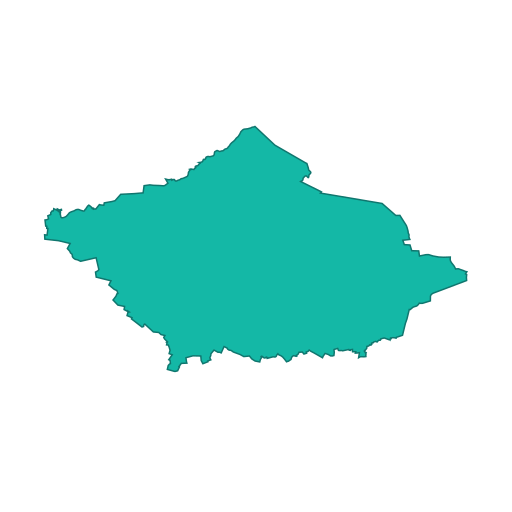 Chimá, Córdoba, Colombia (Natural Earth projection), rotated 75°
{"feature_id": "7082276B67782051899776", "entity_name": "Chimá", "entity_type": "district", "adm_level": 2, "iso_a3": "COL", "parent_name": "Colombia", "parent_adm1": "Córdoba", "projection": "natural_earth1", "projection_center": [-75.666, 9.111], "detail": "fine", "context": "isolated", "style": "filled", "palette": "teal", "viewbox_px": 512, "rotation_deg": 75, "n_neighbors": 0, "source": "geoboundaries", "source_scale": "gbopen_adm2", "svg_char_len": 6116}
<svg xmlns="http://www.w3.org/2000/svg" viewBox="0 0 512 512"><g transform="rotate(75 256 256)"><path d="M328.5,57.3L327.5,58.3L325.8,56.4L324.9,58.0L323.6,59.6L321.8,62.3L320.8,63.6L320.4,65.1L320.2,66.6L318.3,66.9L316.8,67.3L313.1,68.9L311.2,69.4L309.6,69.3L307.3,68.6L305.8,75.0L304.3,79.7L301.8,85.0L299.3,89.0L298.7,91.5L298.3,98.1L293.2,97.5L291.2,104.2L285.2,104.4L283.4,109.8L278.8,110.1L279.8,103.1L278.6,103.3L276.9,103.3L275.3,102.7L274.7,102.7L273.2,103.0L271.3,102.7L267.9,102.7L265.5,102.9L254.0,106.5L253.0,110.5L237.9,120.6L211.9,177.5L211.0,176.2L195.6,193.6L195.0,191.4L194.2,190.8L193.1,190.4L191.7,188.3L191.5,187.7L191.6,186.8L191.8,186.5L193.7,185.4L193.8,185.3L193.8,185.0L193.0,184.5L191.4,183.8L190.4,182.1L189.8,181.5L188.8,181.5L186.6,182.8L184.3,182.7L179.8,182.9L178.9,184.0L153.8,209.1L130.6,223.5L130.8,224.4L130.6,226.5L131.0,228.2L130.9,229.6L131.0,230.8L130.4,234.8L130.7,236.1L132.0,238.4L134.0,240.1L136.0,242.3L137.1,244.6L138.3,246.1L139.2,247.6L140.4,250.3L141.4,251.9L142.7,253.2L143.5,254.6L144.3,255.4L144.7,256.5L144.7,258.2L145.1,259.3L145.6,259.9L145.8,260.9L145.6,262.2L145.7,263.9L145.3,264.6L144.2,265.9L144.0,266.5L144.6,268.8L145.6,269.5L147.3,270.1L148.2,271.4L148.2,274.2L148.1,275.0L147.4,276.6L147.5,278.4L148.4,279.3L148.8,279.3L149.2,280.1L149.5,280.3L149.4,281.0L149.1,281.4L149.1,281.8L150.6,282.9L151.1,283.6L151.2,285.3L151.0,286.7L151.4,286.2L152.0,286.0L152.3,287.0L153.0,287.8L153.7,289.0L153.5,290.5L153.8,291.4L154.2,291.6L154.7,291.2L155.1,291.3L155.3,291.6L155.5,292.6L156.4,293.6L155.1,296.3L155.1,297.3L155.6,296.7L155.6,297.3L157.7,299.6L159.7,300.4L161.0,301.4L161.4,302.1L162.0,305.8L162.1,307.2L161.9,308.3L162.4,309.3L162.6,310.1L162.7,312.2L163.0,313.3L162.7,314.3L161.9,314.9L161.2,314.9L160.8,315.4L160.8,316.8L161.0,317.7L160.2,317.7L160.2,317.4L160.0,317.5L159.9,319.9L159.5,321.4L159.0,322.1L158.3,323.4L162.9,322.2L164.3,325.7L164.3,327.1L163.1,330.5L161.1,337.0L159.8,340.2L159.1,345.9L165.8,348.7L164.2,357.6L161.4,370.7L166.1,377.8L166.1,381.0L165.4,388.8L167.6,389.9L166.8,391.9L166.6,392.6L165.8,394.0L169.2,398.6L168.9,399.2L168.6,400.8L168.7,401.0L168.3,401.3L167.7,400.7L167.4,401.1L167.5,402.0L166.4,402.2L164.9,403.2L163.6,404.3L164.2,405.7L166.1,407.9L166.7,408.4L166.8,409.0L167.9,410.0L168.0,410.8L167.8,411.3L166.4,413.6L165.5,414.7L164.9,415.8L164.7,417.7L165.3,420.1L165.5,423.1L165.9,425.0L167.4,427.1L168.6,429.0L168.9,430.3L169.1,431.6L168.9,433.6L168.0,434.4L167.6,434.4L165.2,434.2L165.1,434.4L164.3,434.3L163.8,434.2L163.9,433.8L163.4,433.6L161.6,433.4L161.5,432.0L160.6,431.9L160.6,434.3L159.4,435.3L159.0,435.8L159.6,436.1L161.4,434.3L161.6,434.0L162.4,434.2L162.4,434.5L162.5,434.7L161.4,435.4L159.3,437.5L158.0,439.1L158.9,439.4L160.0,440.4L159.7,441.3L161.1,443.1L162.8,443.5L163.3,446.7L166.4,446.8L166.8,448.7L166.6,450.5L172.7,451.4L173.1,450.4L175.2,451.0L175.6,449.9L181.7,452.4L180.8,454.7L185.1,455.6L190.1,442.8L195.8,432.3L200.0,436.3L203.1,434.7L205.0,434.4L206.4,433.4L207.3,433.2L209.1,433.5L210.0,433.2L211.0,432.7L212.4,431.5L213.5,429.4L215.7,426.8L216.3,410.9L228.5,411.3L229.4,412.7L230.0,415.2L235.1,415.8L242.4,402.5L245.9,405.6L251.5,401.6L253.4,399.3L256.4,399.1L256.6,400.2L258.3,401.4L259.0,402.2L261.5,405.5L267.7,402.1L270.7,396.0L273.6,397.3L275.8,394.9L275.5,394.5L277.3,392.9L277.3,394.3L280.2,396.0L283.5,391.7L284.5,392.6L295.1,384.5L295.0,382.8L294.2,382.5L293.4,382.0L293.0,381.5L293.0,381.0L302.8,374.8L304.7,369.7L307.3,368.1L309.2,364.6L310.8,366.2L312.4,365.8L316.0,363.7L316.2,364.7L316.7,364.3L318.7,365.4L319.3,363.8L321.4,363.5L324.8,363.4L327.8,365.2L329.7,362.5L333.6,367.1L334.5,366.0L337.8,366.5L338.0,367.5L339.0,369.1L342.6,371.0L343.7,369.1L346.3,364.7L346.6,363.8L346.6,361.4L343.4,358.7L342.9,359.1L340.4,355.9L341.6,350.5L340.0,350.5L336.1,350.0L336.1,342.7L338.3,335.2L342.8,336.0L346.3,335.2L345.7,329.8L344.9,329.8L344.6,326.5L342.4,327.0L340.8,325.7L339.9,325.2L338.8,324.9L336.0,320.9L339.2,317.6L339.3,316.7L339.6,316.0L340.6,314.7L335.2,310.3L337.4,307.8L338.6,307.5L339.9,306.4L340.7,304.6L341.6,303.7L342.0,303.6L343.2,302.3L347.0,296.9L350.0,293.8L350.9,288.2L354.2,286.8L357.2,284.1L359.3,279.8L357.5,278.8L356.5,278.0L355.4,276.7L354.6,277.2L354.3,276.8L354.5,276.5L354.4,276.2L354.6,276.0L356.5,274.6L356.8,273.8L356.7,273.3L356.9,272.4L356.4,272.4L356.4,271.9L357.2,271.9L357.4,271.1L357.8,271.3L357.8,265.5L358.3,264.4L358.5,263.2L358.1,262.4L357.0,261.5L356.1,260.2L357.1,259.8L359.1,257.4L360.6,256.3L363.1,255.1L366.1,253.9L366.0,253.0L366.0,251.6L365.5,250.7L365.2,249.4L365.0,249.0L363.1,247.8L362.8,247.4L362.0,245.8L362.0,245.4L363.1,243.5L363.3,243.1L363.2,242.5L362.4,242.7L362.1,241.5L361.5,240.5L360.1,239.4L360.8,236.1L363.1,235.1L363.0,232.3L361.7,232.3L361.7,230.9L361.5,230.2L360.6,229.0L362.3,227.6L364.5,225.2L371.5,218.1L370.2,217.1L368.0,214.5L369.8,211.7L371.8,209.8L372.3,208.2L372.3,206.5L369.2,205.3L366.9,205.0L366.5,204.8L366.4,201.0L368.5,200.8L368.9,200.2L369.5,197.6L370.0,196.8L370.3,190.6L371.1,190.4L371.5,189.4L371.6,189.2L371.0,189.0L371.2,187.0L373.5,187.5L374.0,185.3L374.3,184.4L375.5,185.2L375.9,183.5L376.1,181.1L380.8,183.2L380.3,181.3L380.4,180.8L381.3,177.8L381.6,175.9L381.2,175.7L380.3,175.7L379.1,175.1L378.3,175.3L377.9,174.6L377.7,174.7L376.7,175.9L376.4,176.0L375.9,175.5L375.5,175.7L375.3,175.6L375.3,174.9L373.9,173.0L373.1,172.6L372.3,172.5L372.0,172.3L372.1,170.4L371.2,169.1L371.3,168.8L371.8,168.3L371.8,167.9L371.1,166.9L370.2,167.0L369.9,166.1L370.1,165.8L370.2,165.4L369.5,164.5L369.5,162.4L370.3,161.5L370.4,161.1L369.5,160.0L369.2,159.4L369.2,158.8L369.5,158.1L369.5,157.7L368.8,157.0L368.4,157.0L368.3,155.4L368.4,153.3L371.4,149.0L371.5,148.3L371.7,148.2L370.7,147.7L370.2,147.4L370.7,146.8L370.1,146.5L370.3,144.9L370.9,143.2L371.3,142.6L371.6,141.9L371.1,141.7L370.9,141.5L370.5,135.0L359.7,129.1L355.9,126.5L347.3,121.8L347.7,121.0L346.2,117.8L346.0,116.9L345.9,114.0L345.7,113.2L344.8,111.6L343.8,110.5L344.4,109.1L344.8,107.4L344.5,99.2L340.0,97.9L339.5,97.6L338.5,96.6L337.8,94.8L334.2,58.9L331.1,58.3L328.5,57.3Z" fill="#14b8a6" stroke="#0f766e" stroke-width="1.5"/></g></svg>